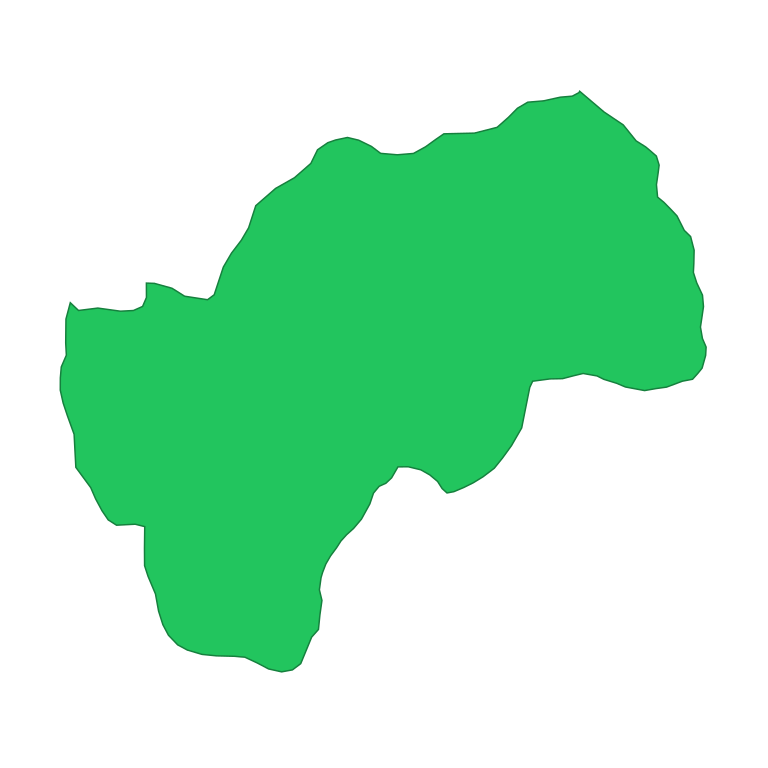 Julau, Sarawak, Malaysia (Mercator projection), rotated 87°
{"feature_id": "92858781B53713616698711", "entity_name": "Julau", "entity_type": "district", "adm_level": 2, "iso_a3": "MYS", "parent_name": "Malaysia", "parent_adm1": "Sarawak", "projection": "mercator", "projection_center": [111.958, 1.83], "detail": "fine", "context": "isolated", "style": "filled", "palette": "green", "viewbox_px": 768, "rotation_deg": 87, "n_neighbors": 0, "source": "geoboundaries", "source_scale": "gbopen_adm2", "svg_char_len": 2056}
<svg xmlns="http://www.w3.org/2000/svg" viewBox="0 0 768 768"><g transform="rotate(87 384 384)"><path d="M286.4,693.0L302.5,698.2L326.3,699.7L338.6,699.7L350.1,705.4L361.0,706.9L373.2,707.6L386.2,705.4L399.2,701.8L418.0,696.1L430.9,696.1L451.1,696.1L472.1,682.3L483.6,678.0L495.9,672.2L505.3,666.5L511.0,658.5L511.0,639.8L513.9,630.4L535.6,631.8L552.9,632.6L563.7,629.7L581.7,623.2L599.0,621.0L612.8,617.4L623.6,612.4L633.7,603.7L639.4,594.3L644.5,579.9L646.7,565.5L648.1,547.4L649.0,541.3L649.5,537.3L656.0,525.1L662.5,514.2L666.1,501.3L664.7,490.4L658.9,481.8L633.0,469.5L625.7,462.3L611.3,460.1L596.9,457.3L586.1,459.3L574.1,457.0L569.0,455.2L560.7,451.5L552.9,446.4L545.0,439.9L538.6,435.3L532.6,429.3L526.6,421.9L517.8,413.6L503.0,404.4L492.4,400.2L485.9,394.2L483.2,387.3L478.1,381.3L467.5,374.4L467.9,364.2L471.6,351.8L477.2,343.0L484.1,335.6L491.5,331.4L496.1,326.8L495.2,319.9L491.5,309.7L487.3,300.0L481.8,289.9L473.9,278.3L464.2,269.6L452.2,259.9L435.1,248.8L413.0,243.2L395.0,238.6L389.0,235.4L387.6,217.9L388.0,205.4L385.7,194.3L383.9,184.6L387.1,170.8L390.8,164.3L395.4,151.8L399.6,143.1L404.2,124.1L402.8,112.6L401.9,102.0L396.8,85.8L395.4,75.6L389.9,70.1L384.8,65.5L372.3,61.3L364.0,60.4L355.3,63.6L343.7,65.0L334.9,63.2L323.4,60.9L311.9,61.3L299.4,66.4L288.8,69.2L280.0,68.3L266.6,67.3L252.8,70.1L246.3,76.1L231.5,82.6L225.0,88.1L217.2,95.0L211.7,101.0L199.2,101.5L187.6,99.2L179.8,97.8L170.6,100.1L164.9,106.0L160.9,110.3L154.4,119.5L137.8,131.5L123.9,150.0L101.9,173.3L103.2,174.0L106.4,180.9L106.8,192.9L109.6,210.0L110.1,225.7L115.6,236.3L124.4,246.0L133.6,257.6L138.2,280.6L137.3,311.1L142.4,319.4L149.3,330.1L155.3,342.5L155.8,358.7L153.5,375.3L146.1,384.1L139.2,396.5L135.9,407.6L137.8,419.6L140.1,427.5L146.6,438.1L159.9,445.5L173.3,462.6L183.0,482.0L199.2,502.7L220.9,511.0L232.9,518.9L245.4,529.5L258.8,538.3L286.0,548.9L290.6,555.8L285.9,578.5L277.3,590.7L271.5,608.0L270.8,616.0L285.2,616.7L293.9,621.0L297.5,630.4L297.5,643.4L293.2,665.8L294.6,685.2L286.4,693.0Z" fill="#22c55e" stroke="#15803d" stroke-width="1.5"/></g></svg>